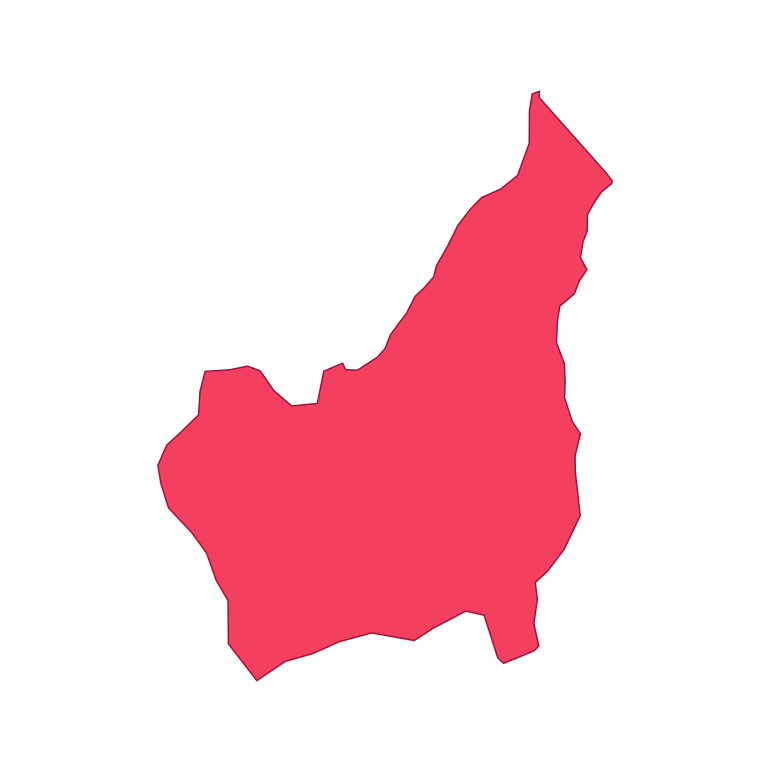 Trimiklini, Limassol, Cyprus (Equal Earth projection), rotated 8°
{"feature_id": "46923920B95743207608063", "entity_name": "Trimiklini", "entity_type": "district", "adm_level": 2, "iso_a3": "CYP", "parent_name": "Cyprus", "parent_adm1": "Limassol", "projection": "equal_earth", "projection_center": [32.914, 34.854], "detail": "fine", "context": "isolated", "style": "filled", "palette": "rose", "viewbox_px": 768, "rotation_deg": 8, "n_neighbors": 0, "source": "geoboundaries", "source_scale": "gbopen_adm2", "svg_char_len": 1220}
<svg xmlns="http://www.w3.org/2000/svg" viewBox="0 0 768 768"><g transform="rotate(8 384 384)"><path d="M497.2,72.6L490.4,76.2L490.0,93.3L494.3,125.4L487.3,158.8L472.4,174.7L454.7,185.8L445.3,198.6L435.1,216.6L427.7,238.9L419.5,259.5L418.3,271.0L410.8,282.6L402.6,292.9L396.4,311.0L390.9,320.6L383.6,334.3L380.1,348.8L373.6,358.4L355.8,374.0L344.0,375.1L340.0,369.2L322.6,379.7L320.7,412.5L295.7,418.6L275.9,406.0L259.7,388.3L246.3,385.3L229.6,391.3L205.1,396.4L202.8,417.1L204.7,440.3L190.3,459.0L177.8,474.2L177.4,474.7L171.4,495.9L176.9,513.6L185.1,530.8L188.0,536.8L214.4,558.0L231.9,576.2L245.3,602.0L259.7,620.2L266.1,663.0L299.4,695.4L302.9,692.2L324.7,672.5L351.4,660.6L375.2,645.6L406.3,632.2L449.6,633.8L466.9,618.8L496.6,597.5L515.3,599.0L534.8,639.3L541.3,644.0L569.5,627.5L573.7,622.0L565.8,600.5L565.8,575.7L561.4,559.6L572.1,546.4L585.5,522.5L596.6,487.0L585.5,443.6L583.2,428.5L585.5,406.0L575.6,394.8L564.7,372.4L563.0,355.9L559.9,339.0L549.0,318.8L547.0,297.5L547.3,282.3L559.9,268.2L562.7,255.8L569.0,242.3L561.0,231.7L561.3,215.2L563.9,204.6L561.9,188.1L566.1,176.9L572.4,163.8L581.6,153.8L581.6,151.0L574.3,143.8L497.8,78.7L497.2,72.6Z" fill="#f43f5e" stroke="#9f1239" stroke-width="1.5"/></g></svg>